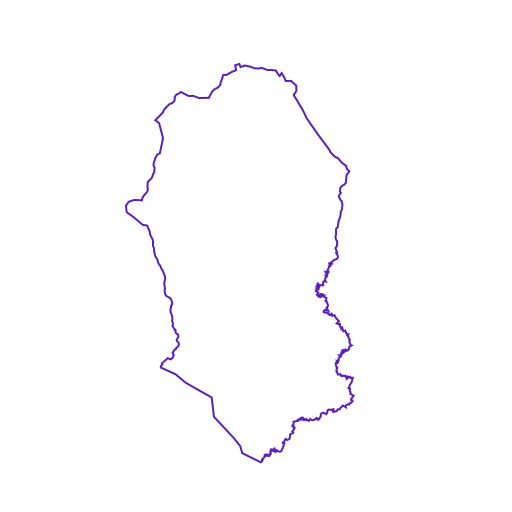 the district of Ga South Municipal, Greater Accra, Ghana, rotated 47°
{"feature_id": "2480657B41485746076017", "entity_name": "Ga South Municipal", "entity_type": "district", "adm_level": 2, "iso_a3": "GHA", "parent_name": "Ghana", "parent_adm1": "Greater Accra", "projection": "orthographic", "projection_center": [-0.406, 5.677], "detail": "fine", "context": "isolated", "style": "outline", "palette": "violet", "viewbox_px": 512, "rotation_deg": 47, "n_neighbors": 0, "source": "geoboundaries", "source_scale": "gbopen_adm2", "svg_char_len": 6149}
<svg xmlns="http://www.w3.org/2000/svg" viewBox="0 0 512 512"><g transform="rotate(47 256 256)"><path d="M272.6,401.7L287.5,395.5L300.6,393.9L329.3,384.9L344.9,396.4L373.6,396.4L384.3,397.2L390.8,400.5L410.1,393.2L410.3,391.7L408.9,390.3L409.5,389.6L409.1,389.2L408.6,386.7L407.8,385.7L408.7,385.6L408.0,384.1L408.3,383.5L408.8,383.3L409.9,384.0L411.1,383.1L411.2,382.7L410.2,382.1L411.0,381.3L410.9,380.3L410.5,379.8L409.4,379.8L409.2,378.8L408.5,378.4L407.7,376.8L408.2,376.6L409.0,377.5L409.5,377.1L409.1,375.3L409.4,373.8L410.4,374.4L411.2,374.2L411.4,375.9L412.0,375.9L412.9,374.5L412.8,373.9L411.5,373.9L411.7,373.4L414.0,373.0L415.1,372.3L415.8,371.5L415.9,370.5L414.5,367.1L412.3,363.1L411.8,362.9L411.0,363.9L410.8,363.7L410.9,361.4L410.1,360.1L410.0,359.0L410.9,359.1L412.0,358.4L412.6,356.2L411.0,353.9L409.9,353.0L409.9,351.6L410.8,349.8L410.4,349.0L409.0,349.0L408.7,346.5L407.6,345.6L408.0,345.0L407.8,344.7L406.2,345.3L404.9,345.3L404.7,344.9L405.3,344.0L402.8,341.6L405.3,337.6L404.2,337.0L405.2,335.7L406.2,335.2L405.9,334.7L405.0,334.9L404.9,334.7L405.6,332.2L407.3,332.0L407.5,333.2L408.6,333.1L409.4,331.9L409.3,330.5L410.0,330.4L410.1,331.2L410.5,331.2L411.6,330.1L412.7,329.7L412.1,327.7L414.5,326.9L415.7,324.6L415.5,323.2L415.8,322.3L416.6,321.8L417.4,322.7L418.4,321.7L417.4,318.0L415.8,316.4L415.8,315.4L416.5,313.6L419.7,312.4L419.1,310.8L417.7,308.9L418.1,307.2L420.0,305.9L420.7,303.8L422.2,304.5L421.7,305.1L421.8,305.6L422.7,305.9L424.5,302.7L423.9,300.9L425.2,299.3L424.8,298.6L424.6,294.5L427.7,293.5L426.8,293.1L426.7,292.0L427.1,290.2L428.1,289.1L427.5,288.3L428.2,287.1L428.1,284.3L427.4,284.1L427.2,284.5L426.1,284.7L425.5,284.0L424.7,279.9L421.2,281.0L420.5,280.0L419.6,279.9L419.3,279.3L418.3,279.3L417.2,277.8L415.7,278.4L415.4,276.8L414.6,276.2L413.4,271.9L411.1,268.3L409.8,270.0L408.6,269.6L408.1,270.5L407.1,270.8L407.9,272.1L407.7,273.5L405.9,272.0L405.3,272.7L404.3,272.4L403.7,273.6L402.7,274.1L402.2,275.5L399.9,274.8L399.6,275.8L398.6,276.9L397.4,276.3L396.2,276.3L395.6,275.4L395.1,275.7L393.6,274.2L393.5,273.1L393.0,272.6L391.8,272.8L388.7,270.9L389.5,269.8L387.8,268.6L389.5,268.1L389.3,267.8L388.3,267.6L388.6,266.6L387.5,266.0L387.4,265.1L386.8,264.1L387.3,262.9L385.7,262.8L386.8,262.1L386.9,261.6L385.9,261.0L384.6,259.0L384.6,258.7L385.1,258.6L386.3,259.1L386.4,257.0L385.8,256.6L384.6,257.7L383.8,256.9L385.0,255.6L385.3,254.4L386.3,254.0L386.9,254.8L387.8,253.0L387.4,251.4L386.0,249.7L386.6,247.0L385.3,247.5L384.2,246.8L382.6,246.4L382.3,245.7L381.5,245.4L381.0,244.4L378.7,244.1L378.0,243.2L376.3,243.5L376.2,241.8L374.8,242.6L373.7,242.7L373.2,242.1L372.1,242.2L371.4,241.7L371.1,243.1L370.6,243.5L367.6,242.0L368.0,243.3L367.8,243.6L366.3,242.5L364.7,242.7L363.1,241.0L361.8,242.3L360.4,243.0L360.4,239.9L355.1,239.7L352.8,238.9L351.8,241.0L350.8,240.3L349.7,240.1L349.8,242.3L348.0,242.6L347.2,242.0L346.7,242.8L345.1,243.1L344.4,244.4L342.9,244.7L342.6,244.5L342.4,242.1L345.3,240.5L341.8,239.5L342.1,238.7L341.8,237.8L340.8,236.8L337.6,235.4L336.3,235.9L336.0,235.6L336.1,234.8L334.6,233.1L331.3,234.4L331.3,233.1L330.6,233.8L329.9,233.2L328.5,234.0L328.1,234.5L328.6,234.8L329.4,234.2L329.9,234.5L329.8,236.0L330.2,236.8L328.8,237.7L328.5,237.3L329.2,236.8L328.7,236.3L327.3,236.5L327.1,237.9L325.9,237.9L326.2,236.9L325.6,236.6L325.4,235.4L322.6,236.1L323.0,233.6L322.1,233.6L321.3,234.3L321.2,233.9L321.3,233.3L322.3,232.5L321.5,231.9L319.7,232.7L319.8,231.5L319.0,231.1L318.2,229.9L318.2,229.5L320.0,229.6L320.6,230.4L321.5,230.5L321.0,229.7L321.1,228.8L323.2,227.1L323.2,226.5L322.1,226.2L320.6,224.0L322.4,222.4L321.2,222.2L320.3,221.5L319.6,220.5L319.2,219.0L317.6,218.6L317.9,218.0L319.1,218.0L317.6,215.5L317.4,215.3L316.9,216.4L315.0,216.1L317.3,214.1L317.2,213.7L316.9,213.5L315.6,214.4L314.2,210.7L313.3,209.8L313.9,208.7L312.4,208.0L313.5,207.6L313.5,206.1L312.5,206.8L311.7,206.7L312.3,205.8L311.9,205.4L312.3,201.2L313.3,198.7L313.2,197.5L311.6,196.0L308.7,195.5L308.3,195.1L308.8,194.3L304.6,192.6L304.1,191.8L304.0,190.1L301.5,187.4L300.0,186.4L298.6,186.3L295.9,184.7L295.1,183.0L290.7,178.9L290.6,176.6L286.2,170.9L285.5,169.0L283.2,165.5L282.0,164.6L280.3,161.1L277.3,157.7L274.3,155.9L272.5,156.0L268.8,154.7L268.3,153.8L267.8,151.0L266.0,150.6L263.8,148.1L263.3,145.7L264.0,142.8L263.8,140.4L258.7,134.8L257.7,130.0L254.6,130.2L252.2,129.1L251.9,128.6L246.3,129.6L240.2,129.3L237.3,130.6L230.7,130.8L228.4,129.9L209.3,127.8L189.8,125.0L181.4,122.3L163.9,118.6L162.9,114.0L158.8,110.3L152.0,110.9L148.2,114.9L144.1,113.4L139.7,112.6L140.5,115.9L137.5,115.8L134.0,114.9L130.2,118.1L128.0,120.7L122.3,123.5L120.7,126.2L117.5,129.2L113.5,131.1L109.2,134.2L107.3,138.4L104.2,137.2L102.3,141.1L106.5,143.9L104.8,148.4L103.4,154.3L101.3,156.3L101.4,157.1L102.9,159.2L105.0,163.6L106.2,164.8L106.6,165.5L106.8,169.3L105.8,172.2L105.8,175.8L107.7,181.4L108.3,182.4L101.7,189.9L96.2,192.6L93.0,196.2L85.0,199.0L84.7,199.7L84.6,201.3L83.8,203.8L83.8,205.5L84.5,207.2L86.5,209.1L87.0,210.5L87.0,213.3L85.9,215.4L86.1,222.6L87.6,226.8L88.0,237.0L92.9,236.3L106.5,243.7L115.2,256.1L114.5,259.1L115.8,262.9L118.1,267.1L119.6,269.0L122.6,270.2L125.4,273.5L125.9,275.3L127.8,278.8L128.0,284.6L131.7,288.5L133.4,289.4L134.3,290.8L135.0,292.7L135.3,296.9L135.8,299.0L137.5,301.4L132.0,306.8L129.5,312.1L130.5,316.8L135.7,320.7L144.3,319.0L156.1,317.6L159.5,314.8L165.6,317.1L168.3,318.9L173.5,320.4L175.1,321.4L178.3,324.4L181.0,325.4L183.4,327.6L187.5,329.8L191.1,330.5L195.2,332.5L197.5,332.6L201.2,334.0L202.3,333.9L209.2,336.7L211.4,338.6L211.7,339.6L213.4,341.8L217.9,344.9L219.1,346.6L222.5,348.7L224.4,348.8L227.7,347.6L229.6,347.6L231.7,348.4L234.1,350.1L234.6,352.4L235.5,352.8L236.3,354.6L239.3,357.1L241.1,357.5L243.3,358.7L245.7,360.9L246.2,361.7L248.7,362.6L250.2,364.7L252.0,365.3L254.8,365.4L255.0,365.9L255.6,365.6L257.3,367.1L259.1,367.0L259.7,366.5L261.9,367.5L263.4,371.5L264.1,371.8L266.2,371.6L267.7,372.3L268.6,373.4L269.1,375.2L268.7,376.7L269.5,378.2L269.0,380.2L269.8,381.5L269.7,382.7L270.4,383.3L272.4,383.7L273.7,386.8L273.3,389.0L270.5,390.2L270.4,398.2L271.5,398.6L271.5,400.1L272.6,401.7Z" fill="none" stroke="#5b21b6" stroke-width="2"/></g></svg>